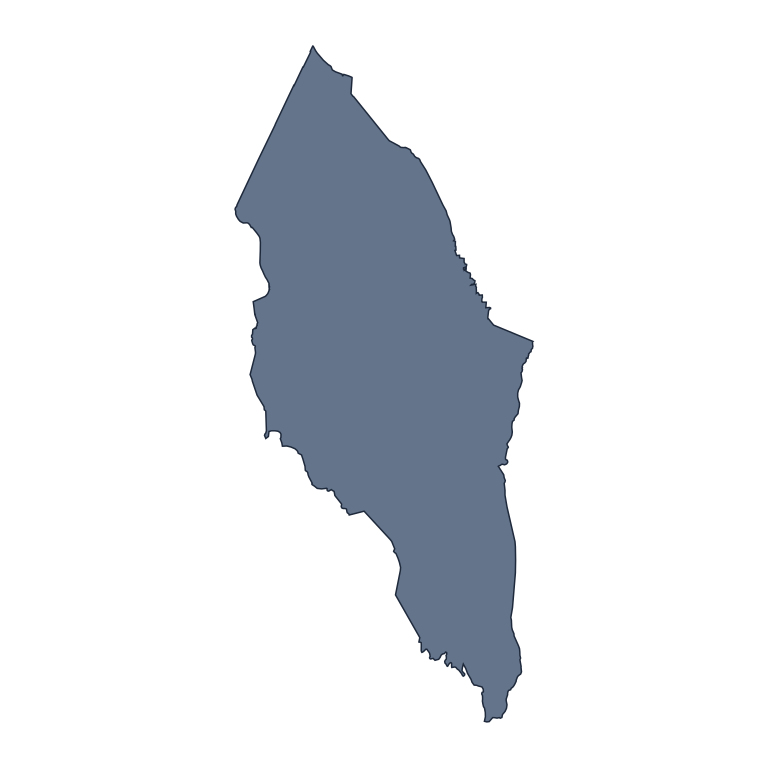 outline of Indaparapeo, Michoacán, Mexico
{"feature_id": "50627088B97611620595529", "entity_name": "Indaparapeo", "entity_type": "district", "adm_level": 2, "iso_a3": "MEX", "parent_name": "Mexico", "parent_adm1": "Michoacán", "projection": "equal_earth", "projection_center": [-100.938, 19.76], "detail": "fine", "context": "isolated", "style": "filled", "palette": "slate", "viewbox_px": 768, "rotation_deg": 0, "n_neighbors": 0, "source": "geoboundaries", "source_scale": "gbopen_adm2", "svg_char_len": 6103}
<svg xmlns="http://www.w3.org/2000/svg" viewBox="0 0 768 768"><path d="M518.5,675.6L520.7,674.0L521.5,671.8L521.0,667.2L521.1,666.4L519.9,659.8L520.6,658.1L519.9,655.3L519.8,651.8L519.5,648.7L518.5,645.9L514.1,636.0L513.9,633.6L512.3,629.9L511.7,627.2L511.4,620.1L510.8,617.6L512.5,607.7L515.4,572.8L515.6,560.1L515.4,546.9L515.0,541.7L507.0,506.9L505.0,495.2L505.0,490.4L504.2,483.3L505.0,481.9L505.3,480.5L504.2,477.8L503.7,474.7L498.3,466.3L499.5,465.6L500.3,465.4L501.5,464.4L502.8,464.3L504.4,464.8L504.9,464.7L506.6,463.9L507.6,462.6L507.7,461.5L507.4,460.6L507.1,460.1L506.0,459.7L505.5,459.1L505.5,458.0L505.5,457.1L507.2,448.8L508.3,447.4L508.1,446.6L507.7,446.2L506.9,443.9L509.9,439.5L511.0,437.5L511.9,435.1L512.3,431.9L511.8,427.7L511.8,426.4L512.0,423.7L512.5,421.4L514.1,420.1L514.2,418.6L515.2,417.0L518.0,413.7L518.4,410.3L519.4,406.4L519.5,403.3L518.5,400.2L517.7,397.0L517.7,393.1L518.5,389.9L520.3,386.7L521.6,382.6L522.1,380.5L521.6,377.8L521.0,372.9L522.0,371.6L522.5,369.7L522.0,368.7L522.5,367.8L522.1,367.2L522.1,366.8L523.0,364.4L523.9,363.5L524.8,362.9L526.0,361.4L526.4,358.1L527.0,357.9L527.8,358.3L527.9,358.2L528.4,355.6L528.7,355.1L528.6,353.9L529.1,353.5L529.9,352.3L531.0,351.7L531.3,349.5L532.5,348.3L532.7,346.8L532.9,346.3L532.6,344.6L532.5,341.7L532.9,341.4L493.6,325.1L488.3,318.6L488.0,318.7L487.8,317.4L488.6,310.6L489.5,309.2L490.6,308.7L490.6,308.0L489.7,307.5L485.8,307.7L486.3,302.2L482.3,302.1L482.2,301.7L481.8,301.4L481.9,298.7L482.4,297.5L482.3,295.0L478.6,295.2L479.4,294.8L477.9,292.6L477.0,292.8L476.3,293.3L476.4,289.8L476.2,289.0L476.4,287.2L475.6,286.3L475.9,284.2L471.0,285.1L471.6,284.4L473.5,284.3L474.2,283.4L474.9,281.9L474.9,280.6L474.1,280.3L473.2,279.6L472.2,278.5L470.1,278.1L470.5,274.8L470.3,274.0L470.3,273.7L470.1,273.1L467.8,272.3L465.9,271.0L466.2,268.1L465.5,267.8L465.2,269.9L464.2,270.4L464.1,269.6L463.5,269.1L463.6,267.8L464.7,267.9L465.0,267.2L466.2,266.9L466.7,264.8L466.6,264.4L465.2,264.1L464.1,262.1L464.1,258.5L459.6,257.9L459.5,255.3L456.6,255.5L454.9,250.4L456.0,250.1L455.8,246.4L455.3,246.3L455.4,241.3L453.6,240.8L454.7,239.3L453.7,236.4L452.6,234.6L451.4,231.4L451.1,227.9L450.1,221.8L449.6,220.1L447.2,214.9L446.1,210.8L442.9,205.0L432.1,182.2L425.8,170.0L420.6,161.8L419.6,159.4L418.5,158.4L416.4,157.7L414.7,156.4L413.4,154.2L411.7,153.0L411.0,151.9L410.4,150.0L410.0,149.6L406.2,147.7L405.9,147.8L405.3,147.4L403.9,147.6L401.0,147.4L400.3,147.1L399.4,146.2L389.4,140.8L388.4,139.8L353.5,96.5L352.9,96.3L351.0,93.7L352.1,77.6L351.9,77.3L348.6,75.9L343.8,74.4L342.9,75.7L342.5,75.7L342.1,74.2L335.5,71.8L332.3,69.9L331.0,66.5L329.8,65.5L328.4,64.8L323.4,60.3L317.3,53.2L315.6,50.7L313.2,46.2L312.7,46.1L310.2,51.4L310.6,51.7L310.1,53.2L307.5,58.5L303.3,67.1L302.9,67.0L294.1,85.6L293.8,85.3L293.7,85.5L275.7,123.4L275.1,124.8L275.1,125.0L258.5,159.3L237.1,204.7L236.6,206.6L236.3,206.7L235.3,208.1L235.2,208.6L235.1,209.5L235.7,211.2L235.7,213.9L236.5,216.2L238.5,219.5L240.2,221.4L243.2,223.0L247.1,222.8L248.0,223.1L249.6,224.5L251.3,227.5L251.9,227.3L252.9,228.2L256.8,233.0L259.3,236.5L260.0,238.5L260.4,242.3L260.3,250.9L259.9,262.9L260.2,265.0L261.1,267.9L262.5,270.7L264.0,274.2L265.5,277.3L267.0,279.5L269.1,283.7L269.1,284.2L268.9,284.5L269.4,286.3L269.0,286.2L269.1,287.7L269.3,287.8L269.1,289.7L269.4,289.7L267.8,293.6L266.3,295.4L265.4,296.3L253.2,301.7L254.1,308.3L254.7,313.6L254.8,313.5L255.3,315.0L255.1,315.4L257.7,322.7L257.0,324.2L257.2,325.4L256.4,326.3L256.3,328.1L255.6,328.5L255.1,328.0L252.8,329.7L252.5,334.1L251.6,335.5L251.6,337.1L252.3,337.8L252.5,338.7L252.5,339.2L251.8,340.0L251.7,340.5L252.7,343.8L253.3,344.9L254.9,345.7L255.2,346.2L255.3,346.8L254.9,347.6L255.5,352.2L255.4,354.0L250.1,374.6L252.0,379.3L252.4,381.3L257.1,395.2L264.0,406.6L264.3,409.8L265.4,410.6L265.8,411.3L266.4,430.8L265.8,433.0L264.9,434.1L264.5,435.4L265.8,438.5L268.4,436.5L269.0,431.5L271.4,430.8L275.0,430.8L277.9,431.2L280.0,432.4L281.0,434.2L280.9,437.5L280.3,438.7L281.8,442.8L282.4,446.2L286.8,446.0L290.9,447.0L294.9,448.7L296.8,450.3L297.7,451.5L298.2,453.2L301.5,454.9L302.8,458.7L305.0,466.3L305.3,470.3L305.8,470.9L306.9,471.5L307.7,472.5L308.1,474.8L308.9,477.0L312.1,483.0L312.2,483.3L311.8,483.9L312.1,484.6L314.4,486.1L317.2,488.4L321.6,488.9L326.7,488.3L327.1,488.7L327.1,490.1L327.4,490.7L327.9,491.0L328.8,491.1L331.3,489.6L332.4,490.5L333.8,491.2L334.1,491.4L334.9,495.6L341.5,503.9L341.6,504.7L341.2,506.2L341.3,506.9L341.9,508.0L343.1,508.5L344.7,508.5L346.1,508.8L346.6,509.4L346.7,510.7L347.2,512.6L348.9,514.0L349.2,515.0L364.1,511.2L390.3,539.6L391.7,541.4L394.7,548.8L393.6,551.3L394.5,552.5L395.8,553.3L396.2,554.0L398.0,558.2L399.4,562.3L400.6,567.5L400.3,570.8L395.5,594.9L419.8,637.6L418.9,642.0L420.8,642.4L421.2,642.7L421.3,645.1L421.2,650.5L421.5,651.9L421.9,652.4L422.8,652.0L424.1,651.0L425.7,649.3L426.8,649.2L429.4,652.8L429.8,654.2L430.2,656.5L429.6,657.2L429.6,658.0L430.0,658.7L430.7,659.0L433.1,658.4L435.0,660.3L438.7,659.3L440.1,657.4L441.1,655.2L442.4,654.1L444.5,653.5L445.6,652.1L446.6,652.5L446.8,654.0L446.0,655.8L446.4,656.6L446.3,659.1L445.2,660.3L444.7,661.5L445.0,663.1L446.1,664.2L446.8,665.7L447.3,666.3L447.8,666.1L448.7,664.4L449.9,663.1L450.5,662.6L451.2,662.8L451.6,663.3L451.6,667.0L451.8,667.5L454.5,667.0L455.2,667.1L456.0,667.5L457.2,669.0L458.9,670.2L461.6,673.7L462.2,675.0L463.2,676.2L464.1,675.7L464.7,674.9L464.7,673.9L462.8,671.9L462.0,670.6L462.4,667.6L463.3,664.1L465.7,668.4L467.5,673.3L471.1,679.5L472.0,682.2L474.1,685.1L476.7,685.3L478.3,686.0L481.9,686.9L483.3,689.2L483.2,690.0L483.5,691.2L483.2,692.0L482.3,692.2L481.8,693.1L481.8,694.2L482.5,695.7L482.6,699.0L482.4,701.1L482.9,704.0L483.5,706.6L484.5,708.1L485.3,712.5L485.4,716.8L484.4,721.3L486.8,721.9L489.2,721.6L492.7,717.6L494.8,717.7L497.0,718.1L499.3,717.6L500.2,718.2L501.9,717.5L502.5,714.5L505.1,711.4L506.5,708.3L507.0,704.8L506.2,700.7L506.2,699.0L507.6,694.8L507.6,693.3L508.0,691.4L508.7,690.4L510.6,689.8L511.2,688.3L512.6,687.3L513.8,685.8L514.7,684.3L516.1,681.4L516.3,679.9L517.5,676.8L518.5,675.6Z" fill="#64748b" stroke="#1e293b" stroke-width="1.5"/></svg>